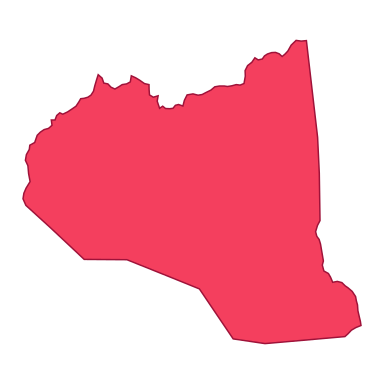 Várzea da Roça, Bahia, Brazil
{"feature_id": "56859067B94588370221306", "entity_name": "Várzea da Roça", "entity_type": "district", "adm_level": 2, "iso_a3": "BRA", "parent_name": "Brazil", "parent_adm1": "Bahia", "projection": "equal_earth", "projection_center": [-40.077, -11.596], "detail": "fine", "context": "isolated", "style": "filled", "palette": "rose", "viewbox_px": 384, "rotation_deg": 0, "n_neighbors": 0, "source": "geoboundaries", "source_scale": "gbopen_adm2", "svg_char_len": 1655}
<svg xmlns="http://www.w3.org/2000/svg" viewBox="0 0 384 384"><path d="M306.4,40.6L301.3,41.1L296.1,40.4L291.2,45.1L287.8,51.1L284.9,54.2L282.1,56.5L279.2,53.8L275.5,52.4L271.6,52.6L267.4,54.0L264.5,55.9L262.3,59.0L258.2,59.9L254.9,57.8L251.9,62.2L247.6,65.6L245.1,70.6L245.3,76.2L244.0,83.5L240.1,85.1L236.3,84.6L231.8,85.8L227.5,86.5L224.2,86.0L219.5,86.0L214.8,86.8L210.9,90.1L205.8,92.6L202.2,94.5L198.1,95.2L193.0,93.9L187.1,94.9L184.4,100.3L182.9,106.0L178.5,104.5L175.4,105.3L173.0,108.3L169.7,108.7L165.5,108.5L162.7,106.2L159.6,108.3L157.2,101.2L158.1,95.8L153.3,97.2L149.5,94.9L149.1,89.4L149.0,84.6L144.5,83.6L139.5,80.1L135.7,77.8L131.3,75.8L130.3,81.9L126.6,83.9L122.2,84.6L118.6,86.9L114.9,89.0L111.0,87.2L107.9,83.9L103.8,83.1L102.1,78.1L98.2,74.7L96.6,79.7L94.8,85.8L93.5,91.2L91.0,95.1L87.9,97.2L84.1,98.3L80.7,98.7L78.8,102.0L76.0,106.2L72.4,108.7L67.6,111.9L62.8,114.2L59.8,112.8L56.7,115.5L55.0,120.0L51.3,120.0L52.0,125.3L48.5,128.4L44.1,129.6L40.4,132.1L37.2,135.3L34.7,142.5L29.8,145.2L29.3,149.4L26.4,154.6L25.4,160.3L27.9,165.7L28.6,173.6L30.1,181.6L26.1,188.1L23.9,193.2L23.0,198.8L25.9,205.4L50.4,227.7L74.1,249.9L84.2,259.4L126.9,259.7L171.0,277.4L199.4,288.9L213.5,309.8L233.2,338.9L265.0,343.6L344.9,336.6L347.9,333.9L351.4,330.2L355.8,327.6L361.0,325.5L360.4,321.4L359.3,316.8L357.9,310.7L357.5,304.9L356.4,301.0L355.6,296.6L352.2,291.4L348.0,287.8L345.1,285.8L341.9,282.6L337.3,281.4L332.7,282.3L330.5,277.1L328.4,273.5L323.9,271.0L322.3,265.1L323.4,261.0L320.5,244.0L319.1,239.4L316.8,236.3L315.6,231.7L317.5,225.4L320.0,220.6L319.3,173.2L317.6,137.3L306.4,40.6Z" fill="#f43f5e" stroke="#9f1239" stroke-width="1.5"/></svg>